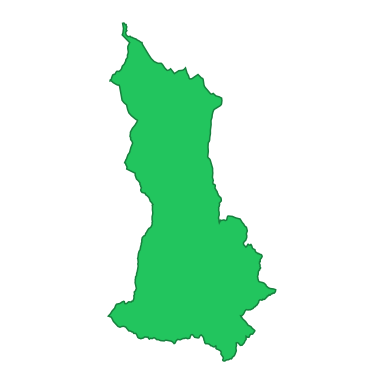 outline of Santa Isabel, Azuay, Ecuador
{"feature_id": "8360857B32737896699989", "entity_name": "Santa Isabel", "entity_type": "district", "adm_level": 2, "iso_a3": "ECU", "parent_name": "Ecuador", "parent_adm1": "Azuay", "projection": "equal_earth", "projection_center": [-79.364, -3.175], "detail": "fine", "context": "isolated", "style": "filled", "palette": "green", "viewbox_px": 384, "rotation_deg": 0, "n_neighbors": 0, "source": "geoboundaries", "source_scale": "gbopen_adm2", "svg_char_len": 6027}
<svg xmlns="http://www.w3.org/2000/svg" viewBox="0 0 384 384"><path d="M110.1,80.9L110.5,80.7L111.6,81.1L113.3,82.7L116.4,84.5L117.5,85.0L119.2,85.2L119.7,86.8L122.1,100.3L124.0,102.7L126.6,104.9L127.6,109.4L128.9,112.9L131.3,115.6L135.5,119.1L137.5,120.3L137.0,121.8L135.0,125.2L132.4,128.3L130.4,132.2L130.4,133.6L130.0,136.3L130.1,136.8L130.7,137.3L130.6,139.1L131.0,140.1L131.7,140.7L132.5,142.5L132.6,143.4L130.9,147.5L129.6,152.4L127.9,154.9L126.4,159.2L125.7,160.1L125.5,161.0L124.7,162.4L124.6,162.8L125.6,163.4L125.9,164.7L126.9,166.6L127.0,167.4L126.7,169.0L135.2,173.2L135.2,175.3L136.5,179.0L138.2,180.6L139.9,182.8L140.0,184.6L140.5,185.3L140.7,186.6L141.4,187.6L140.7,189.9L140.9,190.9L142.0,192.4L145.3,193.3L145.6,194.7L146.9,195.5L149.0,197.6L150.4,201.4L151.4,202.2L153.0,204.6L152.2,205.2L152.5,206.5L152.4,209.8L152.8,212.4L152.7,214.2L152.1,216.6L152.1,219.9L152.5,221.6L152.1,222.3L152.2,224.3L151.1,226.8L149.7,228.1L148.9,228.4L147.5,230.4L146.5,232.4L145.7,233.3L145.2,235.2L144.9,235.6L143.9,235.9L142.3,237.6L141.8,239.9L141.8,242.2L141.3,243.2L141.3,244.5L140.6,246.7L140.1,249.8L139.1,251.3L138.4,253.7L138.0,257.4L137.6,258.6L138.1,259.7L138.0,260.9L138.3,262.0L137.8,263.9L138.2,266.0L137.2,271.7L136.6,273.4L136.5,275.5L135.5,277.0L135.6,278.1L135.2,279.7L135.3,280.9L135.1,282.6L136.4,288.5L135.2,291.2L134.3,291.9L134.3,292.7L134.6,294.3L133.9,295.5L134.0,298.0L133.7,299.2L132.9,301.0L132.0,301.1L131.2,302.0L128.6,301.8L126.9,303.3L126.0,303.7L124.9,303.6L124.3,301.6L123.7,301.3L122.0,302.0L120.1,303.4L116.5,304.2L115.6,305.6L114.7,308.1L112.2,310.9L110.4,313.8L108.3,316.1L111.1,317.1L111.8,318.1L113.4,321.4L118.0,326.4L120.0,327.2L121.7,326.5L123.6,326.3L125.7,327.0L128.8,330.9L130.7,331.1L131.8,331.9L132.8,332.0L133.8,333.4L135.8,333.4L136.8,334.9L137.8,337.3L138.6,338.0L140.8,338.7L143.6,337.9L144.5,337.0L145.0,337.0L148.2,337.2L148.6,338.5L149.4,339.1L150.4,338.3L152.2,338.6L153.9,337.7L154.5,337.8L156.9,339.7L158.3,339.6L160.6,340.6L164.2,340.9L165.5,340.2L166.3,340.2L171.1,341.1L172.6,341.9L174.1,343.6L175.1,343.0L176.2,340.7L177.7,339.4L180.2,339.8L183.0,338.5L184.2,338.5L185.8,338.0L187.7,338.7L189.7,338.2L190.8,335.2L191.7,334.6L192.6,334.7L194.7,337.3L197.9,337.9L198.8,337.8L200.1,335.5L201.2,334.9L202.6,336.3L203.5,337.7L204.1,340.4L204.6,341.3L204.7,342.6L205.4,343.5L205.9,343.8L206.9,343.6L208.8,344.0L210.1,344.8L210.5,345.6L211.4,345.7L213.3,346.8L214.3,346.9L215.8,345.9L216.0,346.4L216.0,348.5L216.8,349.1L217.9,349.4L220.6,350.9L221.2,352.3L220.9,354.0L223.2,357.3L223.3,358.4L222.7,359.8L222.9,360.5L223.9,361.0L224.8,361.0L226.5,359.9L228.6,359.7L230.3,358.7L231.4,358.9L231.9,358.4L232.2,357.4L234.3,355.7L235.1,354.0L236.3,350.8L235.9,347.8L236.5,345.4L236.2,343.0L237.1,342.6L238.3,343.1L240.3,345.4L242.1,345.2L244.2,342.8L245.0,340.9L246.1,339.4L246.1,336.3L247.7,337.3L249.0,337.2L250.2,334.6L250.8,334.2L252.6,334.1L254.7,331.2L254.8,330.5L252.3,328.4L250.9,326.6L248.2,325.3L245.5,321.5L242.6,318.8L241.7,317.3L241.0,316.9L240.6,315.8L241.5,316.0L243.3,314.3L244.3,312.6L244.9,311.1L246.2,309.6L248.2,310.0L249.1,309.6L249.9,309.9L250.5,309.7L253.1,308.4L253.9,307.3L255.4,306.5L255.8,305.8L257.3,304.7L257.7,303.6L258.5,302.7L258.9,300.9L259.6,300.0L260.2,299.8L262.0,300.2L262.9,299.2L263.5,299.5L264.6,299.3L267.1,296.8L267.3,296.1L268.2,295.9L269.1,294.7L269.6,295.2L270.1,295.2L271.6,293.7L272.1,293.8L272.8,293.5L273.1,293.0L274.1,293.2L274.9,292.4L275.5,291.2L275.7,289.7L273.7,289.0L270.2,288.5L268.4,287.8L266.3,286.0L265.9,284.9L264.3,283.3L262.8,282.6L259.3,281.8L258.7,281.2L257.9,278.9L257.9,278.0L257.5,276.6L258.2,274.2L258.3,271.9L258.9,270.4L259.5,270.1L259.8,268.6L260.4,268.5L260.6,267.8L259.9,266.5L260.1,265.0L259.4,263.6L259.6,261.6L260.2,261.6L260.2,259.6L261.5,257.8L262.1,256.6L262.1,256.1L261.7,255.1L261.0,254.5L259.5,254.2L258.7,253.4L258.0,253.7L257.3,253.0L256.0,252.3L255.2,251.0L254.9,249.6L253.2,248.9L252.3,247.9L251.8,246.0L251.0,244.5L250.6,244.5L250.1,245.3L248.9,244.9L248.4,244.3L247.9,244.3L246.9,246.1L245.9,247.1L243.6,244.6L243.4,242.9L244.6,241.2L245.6,240.5L246.7,237.6L246.8,235.7L246.5,235.0L246.4,233.4L247.3,230.9L246.4,227.2L245.4,226.6L244.5,225.7L243.7,224.1L242.3,222.6L240.1,219.0L235.8,217.9L232.3,216.4L228.2,216.0L227.8,216.2L227.4,216.9L226.7,219.9L225.2,220.6L224.0,219.9L221.2,220.5L220.6,220.2L219.3,222.8L219.0,221.5L219.0,219.4L218.5,218.4L218.6,216.8L219.2,215.0L219.1,212.2L218.6,210.2L218.8,208.9L218.6,207.6L219.2,206.3L219.6,204.6L219.3,203.1L221.3,200.9L221.2,199.0L220.7,197.5L219.9,197.0L218.3,195.2L218.0,194.0L217.5,193.1L217.0,191.3L216.2,190.5L215.8,189.4L214.9,188.3L215.3,185.8L215.1,185.0L214.4,184.4L213.5,184.4L213.1,183.9L212.8,182.1L213.3,180.5L212.4,177.4L212.8,173.0L212.6,171.0L212.6,168.3L210.2,160.0L209.4,158.8L208.1,157.7L207.7,156.6L208.3,151.4L208.0,147.1L208.2,143.2L208.5,142.2L209.1,141.6L209.6,140.2L209.8,137.0L210.4,133.9L210.4,130.1L211.1,124.8L211.0,120.5L212.0,117.4L212.2,115.0L213.0,111.7L214.0,109.5L220.2,105.7L221.2,104.6L221.5,103.9L221.9,100.6L221.6,98.1L219.1,96.8L215.9,95.9L213.2,93.4L211.8,94.1L210.6,93.9L205.3,87.6L204.4,86.3L203.9,84.7L203.2,79.7L202.7,78.5L201.3,77.9L198.0,74.5L191.7,78.8L189.8,78.9L189.3,78.5L188.5,75.7L187.0,73.0L185.5,67.9L184.3,69.2L183.5,69.8L182.4,70.3L178.8,70.7L174.4,73.6L170.6,68.8L169.4,69.8L167.9,70.4L167.0,70.3L164.7,67.9L162.4,64.4L161.2,63.3L157.9,63.3L154.1,61.5L151.2,58.6L148.5,54.5L142.8,45.1L142.2,43.9L142.0,42.5L140.9,42.3L138.8,40.7L137.4,40.2L136.4,39.2L133.2,38.0L132.0,37.3L130.9,37.2L130.2,36.3L127.9,36.7L126.1,34.8L125.6,32.6L126.1,31.5L126.9,30.7L126.2,29.5L126.8,26.8L126.0,25.3L126.1,24.6L125.3,24.6L123.9,23.0L122.6,23.3L123.5,28.5L122.9,33.2L122.2,34.9L129.7,42.6L127.9,46.3L127.8,48.6L128.3,51.8L128.1,53.3L127.4,55.1L127.5,57.4L126.1,59.3L125.7,60.2L125.8,60.9L124.2,64.2L122.3,66.1L121.6,68.6L120.7,70.0L119.0,71.5L118.1,71.2L116.6,71.4L114.8,74.3L113.7,74.4L112.7,75.0L111.6,77.9L111.3,79.3L110.1,80.1L110.1,80.9Z" fill="#22c55e" stroke="#15803d" stroke-width="1.5"/></svg>